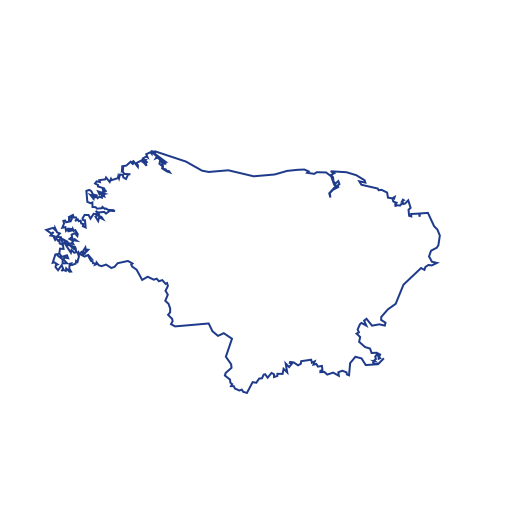 Arraiján, Panama, rotated 318°
{"feature_id": "35544464B31550191226189", "entity_name": "Arraiján", "entity_type": "district", "adm_level": 2, "iso_a3": "PAN", "parent_name": "Panama", "parent_adm1": "", "projection": "albers", "projection_center": [-79.724, 8.989], "detail": "fine", "context": "isolated", "style": "outline", "palette": "blue", "viewbox_px": 512, "rotation_deg": 318, "n_neighbors": 0, "source": "geoboundaries", "source_scale": "gbopen_adm2", "svg_char_len": 6151}
<svg xmlns="http://www.w3.org/2000/svg" viewBox="0 0 512 512"><g transform="rotate(318 256 256)"><path d="M235.3,394.3L237.4,400.4L239.4,397.5L243.4,399.0L245.4,403.1L244.3,404.8L245.3,406.9L254.3,398.6L262.4,397.4L265.9,402.7L264.6,410.5L274.3,418.1L282.6,417.6L274.6,418.0L271.6,415.3L271.7,413.6L272.9,413.0L273.4,414.2L273.1,412.9L274.0,413.9L273.8,412.7L276.2,412.8L277.3,410.5L279.7,410.1L280.0,412.5L278.4,414.5L279.9,415.0L279.8,413.4L282.3,412.3L280.9,408.6L277.0,405.4L278.8,401.1L276.1,396.6L275.2,388.8L279.2,385.9L278.8,381.0L281.4,381.6L282.4,378.6L287.5,376.3L289.6,376.3L291.4,381.6L293.1,376.4L296.1,376.6L295.6,385.4L301.9,389.3L305.2,393.9L307.6,392.2L306.2,387.3L308.3,385.1L318.4,383.9L327.8,385.0L346.4,376.0L370.6,375.4L371.9,379.0L374.6,377.5L378.2,378.1L380.3,380.6L385.8,382.2L382.9,378.0L384.3,372.1L389.6,369.2L395.9,370.8L398.8,370.0L406.3,363.8L408.5,357.7L408.3,353.0L412.6,339.0L406.3,334.1L403.8,336.3L405.7,333.7L399.4,328.6L397.9,330.5L396.7,328.6L400.3,323.7L403.1,323.7L406.4,316.5L401.9,316.8L400.2,315.9L401.0,314.3L396.8,314.9L394.0,311.8L392.7,312.8L394.5,310.0L394.4,311.0L396.1,310.5L394.5,307.4L395.9,304.4L393.1,300.9L395.9,296.6L393.6,290.9L391.2,289.2L391.6,287.3L382.0,273.6L382.7,269.6L386.4,274.6L387.4,272.4L384.6,263.1L379.3,254.3L368.2,243.0L369.5,246.8L366.1,246.0L365.9,249.1L363.5,252.3L363.5,255.4L367.3,255.4L366.1,258.4L363.9,258.2L363.3,259.8L360.2,259.0L363.3,258.0L353.0,258.6L350.4,262.3L352.4,258.4L362.6,257.4L361.8,255.3L365.2,247.2L364.0,240.8L357.2,234.4L354.2,233.9L349.7,228.4L351.7,228.3L349.8,224.1L344.6,219.8L336.1,213.6L324.4,207.9L307.6,195.2L292.8,173.8L277.1,161.9L273.0,156.5L267.1,138.9L251.2,111.0L249.2,112.3L251.7,124.9L249.3,122.1L248.7,123.5L251.1,127.4L248.2,124.6L246.8,127.3L245.1,128.6L246.9,131.3L246.5,132.8L248.1,134.7L247.9,136.2L246.4,133.6L244.9,128.1L246.6,126.7L245.9,122.9L249.2,120.5L248.6,117.0L246.9,116.4L248.9,115.8L248.5,111.3L250.1,110.3L248.6,108.4L246.9,110.2L247.0,108.3L242.6,106.9L241.4,110.2L240.9,108.6L237.1,107.8L236.4,108.7L238.2,110.8L235.8,110.8L237.5,112.1L237.7,113.2L236.0,113.1L235.1,115.8L235.0,108.4L229.2,106.9L228.9,109.7L227.8,110.7L228.4,103.5L226.9,103.4L225.9,106.0L226.0,102.1L220.0,102.0L216.7,99.8L214.0,102.4L215.8,102.0L213.3,104.3L213.2,107.1L217.4,111.2L215.6,109.8L210.9,111.8L210.0,108.8L211.3,106.6L209.3,104.5L206.2,106.6L207.1,104.5L205.4,105.7L199.5,103.0L199.9,101.6L196.8,103.1L197.1,97.3L195.3,98.2L190.3,94.8L189.5,96.6L187.5,93.9L184.9,94.4L186.1,97.6L185.1,98.6L188.4,104.2L187.3,106.7L188.6,107.4L186.8,107.1L186.5,104.5L185.5,106.2L183.8,105.7L181.9,102.4L181.0,105.6L184.2,107.2L185.2,108.7L184.0,108.1L183.1,110.2L181.9,107.9L180.5,109.5L179.3,107.2L177.0,107.0L177.3,105.3L175.7,104.7L178.1,104.3L176.5,101.9L173.6,104.7L173.8,99.9L174.5,101.2L176.2,100.5L177.0,97.6L176.3,95.3L173.5,94.1L166.9,102.9L168.4,106.1L170.2,106.7L167.3,110.2L169.5,112.4L169.5,114.4L173.5,117.4L174.7,116.8L175.2,119.9L176.2,120.2L177.0,122.8L180.6,126.4L181.1,128.2L177.8,124.6L172.9,124.1L172.7,121.7L167.8,118.0L167.0,115.2L167.2,120.0L165.8,120.4L167.3,123.6L166.9,126.1L165.4,122.2L162.1,124.4L163.1,119.3L165.1,119.6L165.6,118.3L163.6,116.0L158.0,117.5L159.0,113.5L156.1,110.8L152.4,111.9L151.5,113.7L152.8,115.0L148.5,120.8L147.3,118.0L149.1,116.7L147.9,114.8L149.3,112.4L147.6,111.6L148.1,109.8L145.0,108.9L147.6,108.7L148.0,106.8L146.3,105.4L147.4,103.0L145.1,102.4L146.2,103.6L144.6,104.4L142.7,102.4L140.8,104.5L142.9,105.6L141.5,106.2L137.5,103.9L137.9,101.9L136.4,101.0L135.1,103.4L130.9,105.4L133.7,107.0L131.7,110.1L134.6,109.9L136.6,112.1L132.4,111.7L136.6,114.1L138.0,113.2L137.3,115.4L139.0,115.8L138.2,120.4L136.6,121.6L136.6,117.8L133.3,116.8L131.3,120.0L131.1,118.7L128.8,118.5L129.9,121.3L132.5,122.0L133.0,124.7L131.1,122.4L128.6,122.8L128.2,124.7L125.4,121.3L123.9,122.3L128.0,128.8L125.1,126.6L125.5,129.5L126.9,130.0L124.9,132.8L123.1,132.0L122.9,128.1L120.6,129.7L122.1,120.2L123.5,121.2L125.5,119.3L124.0,115.1L123.1,119.4L120.9,116.9L123.6,111.5L120.6,108.4L125.3,108.0L124.0,105.3L125.5,100.5L124.1,101.6L124.0,99.3L117.6,96.3L118.9,102.4L121.6,102.8L117.0,103.3L120.0,107.2L118.5,106.3L117.5,109.7L119.4,109.4L119.1,112.3L121.1,112.3L118.5,115.3L119.9,118.6L117.7,122.0L115.3,119.4L111.6,122.4L111.1,126.7L116.0,129.0L114.9,131.9L112.7,128.9L110.6,129.9L110.7,134.9L107.3,132.1L110.0,129.2L108.9,122.8L110.0,121.9L107.9,120.6L100.4,125.0L101.9,125.8L102.9,129.5L101.1,128.9L99.6,130.1L99.4,134.1L105.4,132.8L104.2,136.3L101.3,137.1L103.3,137.0L104.7,139.8L106.7,138.2L106.9,142.9L108.1,143.8L108.7,140.6L112.3,137.1L113.9,138.0L112.5,138.8L113.3,139.6L116.8,141.0L119.0,139.3L119.3,141.0L124.2,137.8L125.6,134.1L126.7,134.1L125.7,136.6L129.2,136.2L130.1,138.8L131.0,136.6L134.9,135.5L132.8,138.7L134.8,138.3L135.5,139.1L129.8,139.5L126.9,138.1L128.2,141.7L132.0,142.9L131.9,147.5L130.9,145.8L130.1,149.3L131.0,150.4L130.0,152.3L131.9,154.6L130.9,154.9L131.9,155.3L133.2,154.2L133.0,157.8L134.6,160.3L138.8,162.0L140.5,168.1L143.5,169.4L148.4,168.8L157.5,174.0L159.2,178.9L157.5,178.9L156.9,181.0L158.1,186.3L155.4,197.6L161.6,198.9L164.2,205.2L167.0,206.4L167.0,209.8L170.2,211.2L170.2,216.2L171.8,216.6L170.5,219.3L165.5,221.3L164.6,225.7L158.6,228.6L159.0,233.0L157.1,237.6L154.5,240.4L151.3,240.9L151.6,246.6L150.5,248.6L147.2,249.8L148.8,254.2L175.7,274.5L173.3,282.7L174.3,289.9L180.4,291.8L182.8,301.4L166.2,310.7L165.1,319.8L163.0,322.7L155.2,322.6L152.9,324.0L154.0,330.4L152.2,333.0L152.5,335.3L150.4,336.0L152.4,337.9L151.6,340.3L153.6,344.8L156.0,345.8L155.6,348.4L157.6,351.7L169.1,347.5L171.4,350.4L176.4,349.2L178.6,350.9L182.3,349.3L183.7,350.0L183.2,354.2L189.3,353.3L190.2,356.0L188.4,358.0L191.6,359.4L193.1,357.9L196.9,361.4L201.0,358.3L201.3,363.4L206.1,355.8L206.3,360.7L210.9,360.0L209.6,358.1L210.5,357.6L212.8,360.3L214.1,365.4L217.1,366.1L219.2,364.4L227.6,370.0L226.1,372.7L229.1,373.6L226.0,375.2L228.6,376.6L228.0,379.6L231.4,381.8L229.0,385.3L227.1,384.4L226.1,385.4L229.2,387.9L229.6,391.8L235.3,394.3ZM401.8,312.9L403.1,313.3L402.9,312.5L401.8,312.9ZM397.5,305.5L398.5,304.9L397.6,304.7L397.5,305.5Z" fill="none" stroke="#1e3a8a" stroke-width="2"/></g></svg>